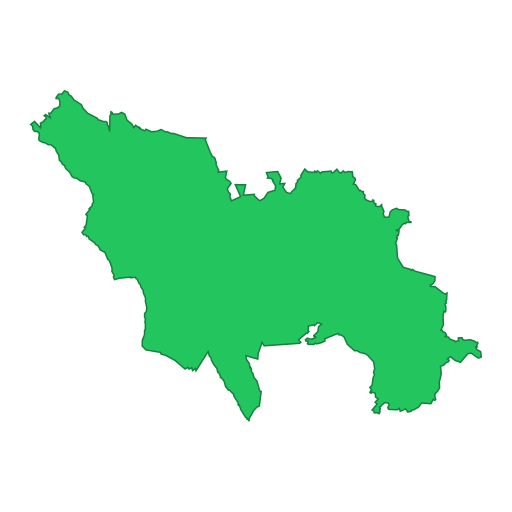 Atlixco, Puebla, Mexico
{"feature_id": "50627088B38738357481800", "entity_name": "Atlixco", "entity_type": "district", "adm_level": 2, "iso_a3": "MEX", "parent_name": "Mexico", "parent_adm1": "Puebla", "projection": "albers", "projection_center": [-98.439, 18.901], "detail": "fine", "context": "isolated", "style": "filled", "palette": "green", "viewbox_px": 512, "rotation_deg": 0, "n_neighbors": 0, "source": "geoboundaries", "source_scale": "gbopen_adm2", "svg_char_len": 6039}
<svg xmlns="http://www.w3.org/2000/svg" viewBox="0 0 512 512"><path d="M161.1,354.1L165.5,355.3L174.9,360.3L185.0,369.0L187.9,367.4L189.1,369.1L191.6,367.7L192.6,370.6L195.5,368.5L196.0,370.8L208.1,351.6L209.3,356.1L211.1,357.8L211.3,359.8L213.8,364.6L216.9,368.5L217.7,372.2L218.5,372.3L220.5,376.4L220.3,377.5L221.7,378.0L224.1,381.3L225.6,386.6L228.4,390.1L229.4,390.1L233.5,394.2L233.9,396.2L238.0,402.5L238.2,404.8L239.2,404.8L238.8,405.5L240.0,406.7L240.6,409.3L245.5,417.2L247.4,418.4L247.1,419.2L248.3,419.5L249.2,421.2L249.0,419.0L253.8,410.4L256.8,407.2L259.3,406.1L261.2,391.5L259.7,390.9L256.9,381.0L254.0,377.5L253.0,373.5L251.3,371.5L251.5,369.3L250.6,367.3L249.9,367.6L249.4,363.6L246.6,359.6L245.9,355.7L257.8,359.1L258.1,353.9L262.0,342.5L264.2,345.8L299.5,343.3L300.8,342.4L298.6,339.8L306.4,333.1L307.2,333.5L308.9,331.5L308.1,330.9L308.5,326.0L313.6,325.0L314.3,325.7L317.7,322.6L321.5,324.1L318.6,326.7L317.8,331.7L313.7,335.6L314.0,336.5L315.6,336.8L315.5,337.7L311.6,339.3L307.2,338.2L305.4,339.8L306.0,341.2L307.8,340.9L308.1,342.4L307.4,343.4L308.1,344.4L313.9,344.5L315.2,343.1L316.4,343.9L321.1,342.8L325.0,341.0L324.7,338.8L338.1,333.4L338.9,334.9L341.2,334.9L344.1,337.1L347.3,344.2L354.4,350.7L357.1,350.7L360.1,352.5L365.0,353.6L367.4,355.0L373.7,361.9L374.7,368.9L373.5,372.4L374.5,374.8L373.0,378.0L372.2,384.9L369.8,387.5L371.5,389.2L369.9,392.4L371.1,393.3L372.0,392.0L375.1,393.2L375.6,397.2L378.2,399.0L375.1,402.2L377.1,404.1L372.1,410.0L374.0,411.0L374.2,412.9L377.9,412.6L378.2,413.5L379.3,413.6L380.1,411.3L379.5,410.2L380.4,409.1L379.4,407.3L380.8,406.7L381.2,405.6L384.9,402.6L388.2,403.1L389.2,404.3L387.8,407.7L388.7,409.4L397.4,409.8L399.2,408.3L400.3,411.3L405.6,408.9L407.8,412.1L411.1,411.3L411.3,410.3L413.9,409.7L418.7,407.0L421.6,403.0L430.9,403.7L433.2,399.4L434.9,400.4L435.7,399.4L434.8,396.2L435.2,393.5L437.4,391.6L439.6,387.9L439.3,382.1L441.3,373.9L440.5,366.4L443.9,365.0L446.6,362.2L448.2,362.0L449.2,360.3L447.4,359.0L450.5,356.7L455.0,360.4L460.5,362.3L467.8,353.7L471.3,353.2L477.8,357.8L479.2,358.0L481.3,357.0L480.6,351.6L476.9,349.6L475.7,346.9L477.2,346.8L476.6,345.9L477.9,343.4L477.6,342.3L476.0,342.5L474.5,341.2L470.3,339.7L464.8,340.3L462.7,339.5L462.2,337.8L460.9,337.7L458.3,337.9L458.6,340.6L455.2,341.7L454.8,340.9L450.0,339.2L448.5,337.1L445.2,336.6L446.6,335.2L445.2,332.7L442.5,331.5L442.1,330.3L440.9,330.2L443.4,324.8L443.0,315.9L444.0,311.4L445.2,312.0L445.8,311.2L445.8,306.1L444.7,304.1L446.3,303.0L445.8,300.4L446.6,300.0L447.0,293.0L445.4,294.0L443.6,293.4L435.1,286.7L430.3,286.3L430.4,285.1L432.8,283.9L434.8,281.0L435.1,276.6L414.7,271.1L412.5,269.4L411.3,270.3L410.9,269.5L403.2,267.3L397.5,258.0L396.6,245.1L395.6,243.4L397.5,238.0L396.7,237.8L397.3,235.3L398.3,235.4L399.1,231.0L395.7,230.3L399.0,229.4L402.3,224.7L404.3,223.2L405.2,223.8L407.0,222.4L410.9,222.5L410.9,221.8L409.2,221.5L408.1,218.5L407.9,216.2L408.9,215.6L408.6,211.4L407.6,211.6L404.8,209.9L398.7,209.6L396.6,208.3L392.3,209.9L390.3,211.7L388.9,217.1L385.9,217.3L384.2,216.6L383.3,213.9L383.9,211.2L381.7,206.4L381.6,204.7L379.7,206.5L378.0,206.6L375.7,205.9L375.2,205.0L376.0,204.0L373.9,202.7L373.7,200.4L372.9,199.9L372.6,201.2L369.9,201.5L366.3,199.9L366.9,200.6L364.6,198.2L365.0,195.3L363.4,193.6L363.4,191.5L362.1,191.7L360.3,190.3L359.5,190.7L355.7,184.6L353.4,184.1L355.5,179.6L354.8,177.9L352.9,176.7L352.3,171.8L348.3,171.5L345.0,172.5L343.3,170.9L340.8,173.1L339.0,172.1L336.9,169.2L332.6,173.1L331.5,172.6L331.2,171.1L321.8,171.9L320.7,173.3L317.4,170.8L316.1,172.3L314.8,171.1L314.1,172.4L307.7,171.8L304.8,169.0L300.9,175.3L301.0,177.2L297.4,180.4L297.5,182.1L296.0,183.6L295.6,187.9L291.1,192.4L290.9,193.4L289.7,193.5L286.3,192.2L282.9,187.2L284.8,183.4L279.6,183.9L281.1,178.1L277.6,171.5L266.4,172.6L268.1,177.0L267.5,178.1L270.6,178.2L273.0,180.0L272.5,180.8L275.7,186.0L274.9,190.3L267.9,192.4L264.1,198.2L260.3,200.5L259.1,200.3L254.4,195.9L254.4,194.3L243.3,195.2L245.6,184.8L235.3,184.6L240.6,196.6L231.4,200.9L229.9,196.3L230.4,194.0L228.5,192.2L227.3,188.6L231.1,183.5L229.5,181.2L226.3,179.2L225.4,177.5L226.8,171.1L218.2,172.2L218.8,170.4L216.1,164.8L216.2,162.5L215.1,158.9L214.5,157.5L212.5,156.6L210.3,152.4L205.3,139.8L206.1,138.1L186.4,137.7L173.5,133.4L171.1,133.4L167.6,131.9L165.1,131.8L161.1,129.5L157.2,131.2L151.6,131.8L146.0,129.2L144.7,130.8L139.9,128.7L140.3,128.2L139.0,127.0L138.5,127.6L135.7,125.2L133.6,127.6L132.0,124.2L127.0,120.1L124.8,114.1L121.6,112.4L118.5,114.0L112.8,114.2L112.0,112.3L110.9,111.8L110.9,114.0L109.9,116.0L109.7,131.5L108.3,125.9L107.2,124.6L107.3,122.7L105.8,121.5L103.7,121.6L98.2,119.7L97.2,118.2L87.9,113.4L83.1,108.4L81.4,104.7L74.0,100.0L71.3,96.2L69.1,94.9L67.7,92.1L64.4,90.8L62.1,93.9L58.4,94.3L56.1,97.6L56.1,98.6L58.5,98.5L59.5,100.3L60.0,102.6L59.7,106.2L56.9,108.1L54.2,108.6L50.8,113.2L48.8,113.2L50.2,117.6L45.5,114.5L44.2,115.7L46.1,117.2L46.1,118.9L44.0,120.4L43.9,121.3L40.4,123.2L40.9,126.4L40.5,127.8L34.5,121.4L30.7,124.4L32.6,126.1L33.0,129.5L34.5,131.4L37.2,131.6L38.9,132.7L39.3,134.9L38.7,139.1L39.4,140.7L43.4,142.7L45.0,142.7L48.2,144.7L50.8,144.7L55.5,148.5L56.3,151.3L58.8,155.1L59.3,160.2L61.4,162.1L62.4,164.2L64.4,165.4L65.7,168.5L69.7,172.2L71.9,176.3L73.8,177.8L76.7,178.2L80.1,180.8L85.3,182.0L86.1,183.8L89.4,186.5L92.1,193.6L93.4,194.3L92.8,195.3L93.5,202.2L92.2,204.0L92.2,205.7L89.1,208.7L90.0,209.3L85.9,214.4L87.4,216.1L86.1,225.0L84.3,227.2L85.6,227.9L82.0,232.4L83.6,234.6L86.0,235.1L86.8,236.5L88.2,236.4L89.2,239.0L94.8,243.0L95.6,244.5L98.1,245.8L100.2,249.9L104.9,252.3L107.8,259.4L109.4,260.7L110.2,262.8L112.1,268.4L111.9,271.5L114.2,275.3L113.4,277.1L114.6,279.6L119.5,278.2L130.6,277.1L130.6,277.8L135.4,277.3L136.1,278.7L137.2,279.1L138.9,283.2L140.2,284.4L141.0,287.3L143.1,290.1L143.4,292.9L145.5,298.0L145.4,301.3L146.7,307.1L146.5,311.3L144.6,313.5L144.6,317.3L145.4,318.5L144.9,322.4L145.4,323.6L145.3,329.3L144.6,330.2L144.5,334.6L142.3,340.4L142.2,346.1L146.0,349.9L160.6,352.4L161.1,354.1Z" fill="#22c55e" stroke="#15803d" stroke-width="1.5"/></svg>